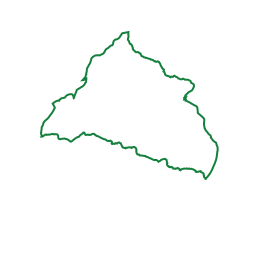 outline of Quero, Tungurahua, Ecuador, rotated 239°
{"feature_id": "8360857B96078226152486", "entity_name": "Quero", "entity_type": "district", "adm_level": 2, "iso_a3": "ECU", "parent_name": "Ecuador", "parent_adm1": "Tungurahua", "projection": "robinson", "projection_center": [-78.619, -1.43], "detail": "fine", "context": "isolated", "style": "outline", "palette": "green", "viewbox_px": 256, "rotation_deg": 239, "n_neighbors": 0, "source": "geoboundaries", "source_scale": "gbopen_adm2", "svg_char_len": 5883}
<svg xmlns="http://www.w3.org/2000/svg" viewBox="0 0 256 256"><g transform="rotate(239 128 128)"><path d="M145.7,72.0L145.6,73.0L146.2,76.7L146.2,80.3L145.8,81.0L145.8,81.5L146.5,83.4L146.6,85.4L146.9,87.0L147.1,87.4L146.5,88.2L146.3,88.2L146.0,87.8L145.6,87.8L145.0,88.0L144.1,88.0L143.5,88.5L143.3,89.7L142.7,90.4L142.5,91.0L141.9,91.2L141.4,92.3L141.3,94.2L141.0,95.1L140.3,95.9L139.6,96.3L138.7,96.3L138.3,96.8L137.5,96.9L136.7,97.8L135.9,98.4L134.0,99.4L133.2,100.1L132.3,100.5L131.8,101.0L131.1,101.3L130.4,102.2L130.0,102.4L129.8,102.8L128.1,103.4L127.6,103.8L127.3,104.0L127.1,104.6L126.5,105.0L126.3,106.2L125.7,106.7L124.5,107.1L124.1,106.9L123.2,106.0L122.5,106.1L122.4,106.2L122.2,107.3L121.6,107.9L121.4,108.2L121.5,109.2L121.0,109.4L120.9,110.0L120.4,110.6L120.6,110.8L120.6,111.9L120.0,113.1L119.6,113.1L118.7,113.9L114.9,113.4L114.6,113.4L114.4,113.7L113.9,113.6L113.7,113.7L113.1,114.4L112.7,114.6L112.4,115.4L111.9,115.5L112.0,116.3L111.4,117.2L111.3,118.3L110.5,119.5L110.3,120.0L109.8,120.3L109.6,120.9L109.2,120.9L109.2,121.3L109.0,121.8L109.1,122.2L108.8,123.2L108.4,123.7L106.5,124.4L105.1,124.1L104.9,123.8L104.5,123.8L104.0,123.2L103.3,123.0L102.7,122.6L100.8,122.4L100.4,122.6L99.9,123.1L99.6,123.8L98.6,123.8L98.1,124.4L97.3,125.8L96.3,126.7L95.0,128.5L94.3,128.7L94.0,128.7L92.8,130.0L91.0,131.0L90.5,131.7L89.4,132.2L87.7,133.4L87.1,133.9L85.9,135.9L85.2,136.3L83.4,136.7L83.5,137.4L83.4,137.5L83.3,138.8L83.6,139.9L83.4,141.2L82.9,142.9L82.5,143.8L82.1,143.9L81.7,144.3L80.7,144.6L78.8,143.8L77.9,143.8L77.4,143.4L77.2,142.9L76.4,142.6L75.5,142.5L74.7,142.7L74.7,142.9L74.1,143.2L73.7,143.1L73.4,143.4L73.1,143.4L72.6,144.7L72.2,144.8L72.2,145.1L71.8,145.2L71.5,145.8L70.7,145.8L70.3,146.0L69.9,145.9L69.1,147.2L68.8,147.3L68.5,147.7L68.7,148.0L68.2,149.1L68.2,150.0L67.4,150.3L66.9,150.8L66.5,150.9L66.1,150.9L65.6,150.6L65.3,150.7L64.8,151.0L64.8,151.5L65.1,152.0L65.1,152.5L64.5,154.7L64.3,155.3L63.4,156.4L63.0,157.8L62.2,158.2L61.6,159.5L61.6,159.8L61.0,160.2L60.3,161.4L58.7,162.7L57.8,163.3L57.3,163.3L56.8,163.9L56.1,163.9L55.5,163.6L55.2,163.8L55.2,164.0L54.4,165.3L54.2,166.6L53.6,168.0L52.9,167.7L51.0,169.0L49.8,169.3L48.9,168.6L47.9,168.7L47.4,168.2L46.9,168.0L46.3,168.0L45.1,168.6L43.9,167.7L44.7,169.2L45.9,172.8L47.1,175.5L48.9,178.5L53.1,184.3L55.5,187.2L57.5,189.1L62.1,192.7L62.7,193.4L65.5,194.9L68.5,195.4L69.7,195.9L70.1,195.9L72.5,194.7L73.8,194.4L77.3,194.1L77.5,194.4L78.3,194.8L79.2,194.8L81.5,194.0L83.2,193.9L86.1,193.4L87.8,193.6L88.4,193.6L91.2,194.6L92.7,195.4L94.9,197.1L96.4,197.9L96.9,198.0L99.4,197.4L104.9,195.6L108.5,197.4L109.5,197.8L110.4,198.0L111.3,197.9L114.7,195.8L118.5,193.8L119.7,192.9L121.6,192.0L122.0,192.1L122.0,191.8L123.1,192.3L122.7,191.5L123.3,191.6L124.0,192.7L124.0,191.2L124.2,191.4L124.9,191.7L125.0,192.6L125.2,192.4L125.4,193.1L126.5,194.1L126.4,194.9L126.9,195.8L127.0,196.8L127.4,197.9L127.5,198.9L127.3,200.3L127.4,202.3L127.9,203.4L129.2,205.4L129.8,206.0L131.0,206.7L131.9,206.7L134.3,205.4L135.8,205.8L136.8,205.4L138.3,204.4L139.1,203.4L140.2,201.6L140.8,201.3L141.1,201.2L141.9,200.7L142.1,199.1L142.6,198.2L143.4,197.6L143.7,197.5L144.6,196.6L145.6,196.5L146.5,196.1L147.5,195.3L148.9,194.7L149.0,193.8L148.7,193.2L148.7,192.8L149.1,192.5L149.6,191.7L149.8,191.3L149.6,191.1L149.6,190.5L150.3,190.1L150.7,190.1L152.4,188.7L152.6,188.3L153.9,187.6L154.3,187.4L155.2,187.5L157.0,188.0L158.1,187.5L158.5,188.1L159.6,188.9L159.9,188.8L160.3,188.4L161.3,188.1L161.6,188.3L162.2,188.3L162.8,188.2L163.2,188.2L164.6,188.2L166.1,188.6L168.1,188.6L168.4,188.4L168.7,188.5L169.2,188.3L169.8,187.9L170.0,186.7L170.2,186.2L170.7,186.0L170.7,185.8L171.2,185.4L171.6,185.3L171.8,184.9L173.1,184.5L174.3,183.7L174.5,183.2L174.8,182.8L175.2,182.8L176.2,182.1L177.8,180.5L178.6,180.0L178.9,179.4L179.4,179.2L180.3,178.1L181.1,177.9L182.2,177.1L182.6,176.7L183.3,176.9L184.3,176.7L185.5,177.1L186.3,176.2L187.3,176.1L188.2,175.4L188.4,174.6L189.0,173.8L189.6,173.5L191.0,173.3L192.0,172.9L193.3,172.8L193.5,173.1L193.9,173.3L195.1,173.6L195.7,173.6L196.5,174.0L197.1,174.0L197.7,173.7L198.7,173.6L199.0,173.2L199.5,173.0L201.7,173.5L203.8,173.4L204.8,174.1L205.2,174.8L206.4,175.7L208.3,176.5L208.6,176.9L209.3,177.2L210.0,177.8L211.4,174.0L212.1,172.0L212.1,171.4L211.2,169.9L211.0,169.1L210.5,168.5L209.7,166.4L209.7,164.5L209.8,164.0L210.2,163.1L210.3,162.3L210.0,160.7L208.9,159.4L207.5,158.3L207.2,157.4L207.0,157.0L207.4,156.0L207.4,154.6L207.2,153.8L206.9,153.3L206.8,149.7L206.0,148.1L205.4,147.3L205.0,146.2L204.5,145.4L204.7,142.8L204.9,142.1L204.8,141.0L205.4,140.4L206.2,139.0L207.0,137.3L207.1,136.8L207.0,134.5L206.7,133.0L206.4,132.4L204.6,130.7L203.6,129.4L202.6,128.0L202.1,126.7L201.4,125.9L200.5,124.1L199.8,123.2L197.4,121.5L196.3,120.2L195.4,119.9L195.1,119.2L193.6,117.7L192.4,113.7L191.9,114.8L191.8,117.7L190.9,117.2L190.6,116.8L189.2,115.9L188.8,115.4L188.6,114.4L187.6,113.0L187.0,110.1L187.2,108.9L187.0,107.2L187.1,105.8L187.0,103.7L185.2,101.6L183.1,98.7L181.6,97.2L181.6,96.9L182.6,97.3L184.2,97.7L185.5,97.5L185.9,97.2L186.5,96.4L187.3,94.3L187.5,92.4L187.3,91.3L186.6,89.4L187.6,86.8L187.7,85.0L187.4,84.0L186.8,83.1L186.8,82.9L187.5,82.4L187.7,81.8L187.9,80.7L188.0,79.9L187.8,76.0L187.6,75.9L186.4,76.0L183.2,75.8L182.7,75.4L182.4,74.5L181.3,73.0L179.9,70.3L179.7,69.6L179.0,67.9L178.7,67.0L178.3,66.3L177.9,65.4L177.3,63.3L177.0,61.0L176.6,59.6L175.8,58.0L175.1,57.4L174.3,56.5L173.1,54.4L171.2,53.1L170.2,52.2L169.3,51.6L168.4,50.8L167.9,50.5L166.2,50.3L165.2,49.3L164.7,50.5L164.8,52.6L164.9,53.1L164.8,54.0L164.5,54.6L164.1,54.7L163.9,54.9L163.5,56.2L162.9,56.8L162.5,58.3L161.8,60.0L161.7,60.5L160.8,61.1L160.1,62.6L159.2,63.8L158.8,64.1L157.5,64.2L156.2,63.5L155.3,63.2L154.6,63.1L154.2,63.2L153.7,63.6L153.2,64.2L153.2,64.7L152.7,66.0L151.4,68.6L150.7,68.8L150.0,69.8L148.2,70.9L146.5,71.4L145.7,72.0Z" fill="none" stroke="#15803d" stroke-width="2"/></g></svg>